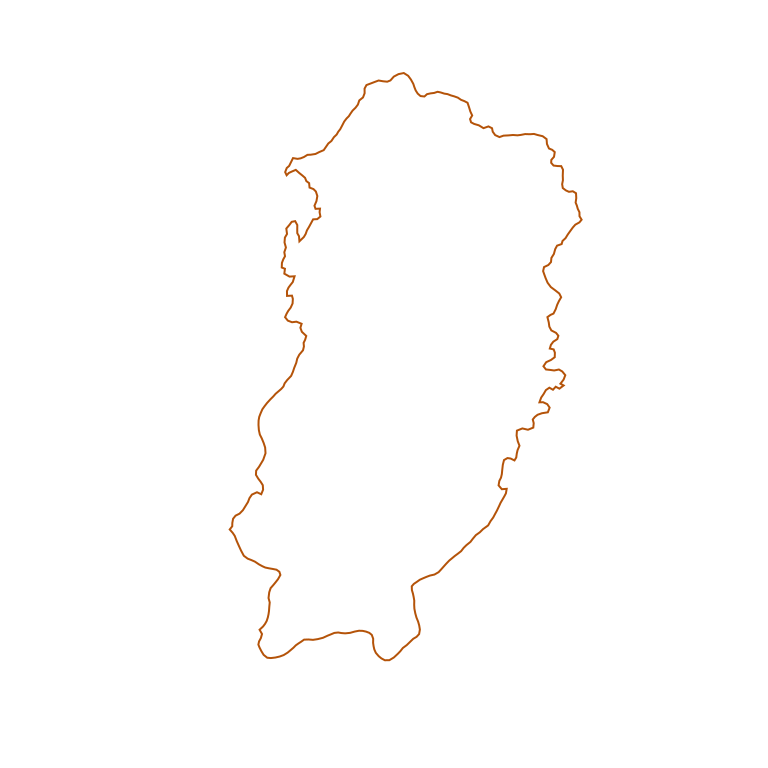 the district of Augusto de Lima, Minas Gerais, Brazil, rotated 291°
{"feature_id": "56859067B977102899903", "entity_name": "Augusto de Lima", "entity_type": "district", "adm_level": 2, "iso_a3": "BRA", "parent_name": "Brazil", "parent_adm1": "Minas Gerais", "projection": "mercator", "projection_center": [-44.202, -18.1], "detail": "fine", "context": "isolated", "style": "outline", "palette": "amber", "viewbox_px": 768, "rotation_deg": 291, "n_neighbors": 0, "source": "geoboundaries", "source_scale": "gbopen_adm2", "svg_char_len": 5639}
<svg xmlns="http://www.w3.org/2000/svg" viewBox="0 0 768 768"><g transform="rotate(291 384 384)"><path d="M669.5,430.8L667.9,426.2L665.6,422.5L664.0,419.5L662.7,415.2L660.7,411.1L658.7,406.6L655.9,403.3L656.2,398.6L658.5,395.1L661.5,393.2L661.9,389.2L658.5,385.2L659.5,379.8L659.1,375.0L659.5,371.5L662.2,369.4L666.3,370.1L669.3,367.0L673.0,364.1L676.5,361.2L676.9,357.6L676.9,354.1L677.8,350.3L677.7,346.4L677.4,343.1L677.4,339.4L676.7,336.2L676.5,332.4L676.0,329.3L673.7,326.5L672.0,323.3L670.0,320.3L666.9,318.7L665.9,314.9L667.2,311.4L669.4,308.4L672.0,306.0L674.7,303.8L677.9,300.0L680.4,296.1L681.4,291.0L678.5,286.5L674.5,283.0L669.7,281.2L667.4,278.7L666.3,274.7L665.4,270.2L662.6,267.0L659.9,264.0L656.8,260.5L652.8,260.0L648.5,261.7L644.0,261.7L639.9,259.3L635.5,259.5L631.7,258.4L628.0,256.7L624.4,255.8L621.4,255.2L618.5,253.9L614.8,252.8L610.1,252.3L606.1,251.8L603.2,250.9L599.9,250.4L596.5,248.8L592.0,247.8L588.6,245.8L584.8,244.9L580.7,243.9L577.3,240.4L574.2,237.6L571.8,233.4L570.5,230.4L567.2,227.9L564.8,225.3L563.2,222.6L562.3,218.1L556.9,217.6L553.6,217.3L550.8,215.8L546.4,215.8L544.0,218.3L546.9,219.5L549.3,221.8L552.3,224.9L550.6,229.3L549.5,232.8L548.2,236.4L545.6,238.8L544.7,242.1L540.7,244.1L540.7,248.3L539.3,251.4L535.6,254.4L530.5,255.4L525.5,255.2L523.0,257.3L524.8,261.4L521.3,262.3L517.6,264.6L514.0,262.6L512.3,258.8L508.4,258.3L503.8,257.7L499.8,257.0L496.0,257.1L492.5,256.5L486.9,253.9L491.5,251.7L493.7,249.0L496.7,247.8L501.3,246.1L504.2,242.7L502.3,239.7L499.0,238.8L494.1,237.1L489.3,239.7L485.2,239.0L480.5,240.4L476.3,243.5L471.3,243.7L467.8,245.8L464.4,245.3L460.5,245.3L456.1,246.8L456.1,250.2L451.3,251.4L450.4,257.3L452.5,261.9L446.5,262.3L443.0,261.2L439.8,260.3L436.0,260.1L431.5,261.9L433.5,266.4L430.8,268.4L426.4,269.8L421.8,269.5L418.0,268.4L414.8,267.9L410.9,267.7L408.7,271.5L408.7,276.0L410.8,279.9L410.7,285.5L406.5,285.8L403.3,288.6L401.0,294.2L397.1,294.5L393.6,294.2L390.3,295.8L386.5,296.3L381.0,294.4L376.6,293.9L372.3,294.5L366.8,294.4L362.8,294.6L358.3,294.4L353.0,292.2L349.0,291.0L345.6,291.0L342.5,289.8L339.5,288.2L336.0,286.3L332.7,285.1L328.9,283.4L324.3,281.6L320.3,280.4L316.8,279.5L312.3,279.3L308.6,279.3L305.0,280.0L300.8,281.5L296.1,283.7L292.3,286.2L289.5,289.3L285.8,292.8L282.1,295.8L276.9,298.2L269.9,298.4L265.9,297.7L261.9,297.0L257.3,295.7L253.3,297.0L250.6,300.5L248.5,303.9L246.1,307.1L242.0,309.0L237.1,308.9L237.4,304.2L233.4,300.3L229.2,299.3L225.0,299.3L220.8,298.5L215.6,297.5L211.2,295.6L207.9,292.6L204.1,291.4L199.9,292.2L196.8,293.3L192.9,292.1L190.8,296.1L188.7,299.1L184.6,302.8L180.8,306.6L177.2,310.3L173.4,314.7L172.1,319.3L172.1,323.1L171.9,327.1L170.8,331.9L170.3,335.7L170.1,338.9L170.7,342.6L171.4,346.1L172.1,350.2L171.2,353.6L168.6,355.7L163.8,355.0L159.9,353.8L156.6,352.7L152.8,351.3L148.4,351.5L142.8,352.9L139.1,355.6L135.1,356.7L130.8,358.0L127.7,358.7L124.5,359.2L120.8,359.4L117.4,358.9L114.3,358.0L110.0,355.9L106.9,359.7L102.7,360.1L98.9,359.6L95.7,360.1L93.4,362.2L90.6,365.3L88.0,368.7L86.6,373.1L87.6,376.6L89.7,380.6L92.2,384.3L95.0,387.5L98.7,390.3L101.9,392.1L105.4,394.0L108.4,395.3L111.1,397.1L113.7,399.0L116.7,401.0L118.4,405.0L119.7,409.4L122.1,413.6L125.2,418.0L128.8,421.5L131.4,424.3L133.8,426.8L135.6,430.3L136.2,433.4L137.3,437.1L139.5,441.5L142.4,445.4L144.7,449.1L145.9,452.6L146.4,456.0L146.4,459.5L145.4,462.5L142.3,465.2L138.4,466.6L135.4,468.3L132.7,470.1L130.1,472.7L128.0,476.6L126.9,479.9L126.4,483.8L128.1,488.0L132.2,491.2L137.1,493.6L140.4,495.0L144.3,496.2L148.4,498.8L152.7,500.8L156.6,502.6L159.6,505.0L163.1,506.4L167.6,505.5L171.2,503.4L174.4,501.0L177.6,498.0L181.1,495.4L185.1,492.9L188.7,491.3L192.6,489.9L195.8,488.0L198.6,486.2L201.6,483.9L205.1,482.4L208.1,483.5L211.1,485.6L214.1,487.6L216.4,489.9L219.1,492.7L221.6,495.5L224.2,499.4L227.9,502.4L231.4,503.8L234.6,505.0L238.3,506.4L242.6,508.2L245.4,509.8L248.8,511.7L252.1,513.8L255.6,515.9L259.6,517.1L263.1,518.7L267.6,521.3L271.4,522.4L275.8,523.9L279.9,526.6L284.1,528.5L289.3,531.9L294.1,532.6L298.5,533.8L302.6,534.3L306.3,534.8L311.4,535.2L314.8,535.4L318.5,536.0L322.3,536.6L325.6,537.0L330.1,536.1L328.0,531.7L330.4,527.3L334.9,526.4L338.5,526.8L342.1,526.3L346.1,525.2L351.1,523.9L356.0,523.3L359.1,525.8L359.8,528.9L359.4,533.2L362.8,533.8L366.6,532.9L370.1,532.4L374.9,532.6L378.6,529.3L383.3,526.3L388.1,524.8L392.1,529.1L392.9,534.8L396.8,539.0L401.1,537.8L404.2,535.6L407.3,536.6L410.3,538.4L413.3,541.9L416.3,547.1L421.3,547.1L423.7,543.6L424.0,539.0L422.6,535.7L427.7,535.6L431.8,536.6L436.3,537.3L439.8,539.7L439.2,543.8L443.0,545.3L442.5,549.4L447.0,552.2L447.5,548.6L452.5,550.1L457.2,550.1L459.6,545.9L460.2,542.1L457.6,538.0L456.7,534.1L455.6,530.0L457.7,526.5L462.5,527.6L466.3,531.3L470.2,533.8L474.5,532.3L477.1,530.0L476.5,526.1L480.4,525.8L484.2,526.9L488.0,529.7L491.5,529.5L493.4,526.3L494.0,521.0L496.8,517.8L500.6,515.7L505.0,512.6L508.2,514.7L510.5,517.0L515.5,517.5L520.1,517.3L524.1,517.6L528.5,518.3L531.3,515.2L532.8,510.3L534.3,505.0L537.2,500.4L540.8,496.9L543.8,494.3L546.4,492.1L550.5,491.5L554.0,494.8L557.7,496.2L561.7,495.1L566.3,496.0L571.3,495.5L575.2,496.0L578.3,499.7L581.5,499.4L585.2,501.2L589.5,502.0L593.7,503.1L597.8,504.2L601.3,505.5L604.9,508.5L608.2,509.6L610.7,506.4L614.4,504.9L617.0,502.1L619.7,500.1L622.0,497.9L626.4,496.9L630.9,494.9L631.6,491.2L629.7,487.8L629.9,484.5L631.0,480.7L634.4,478.7L638.4,478.0L642.6,476.2L648.2,474.3L650.9,471.4L649.7,468.0L648.7,464.0L650.4,460.8L653.2,459.9L657.0,461.3L661.7,460.3L662.9,457.1L663.0,453.6L666.5,450.1L670.9,448.0L672.2,443.3L671.5,438.1L671.2,434.4L669.5,430.8Z" fill="none" stroke="#b45309" stroke-width="2"/></g></svg>